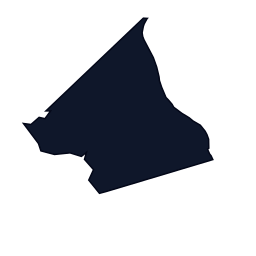 the district of Bracken, Kentucky, United States of America, rotated 52°
{"feature_id": "52423323B34365649324195", "entity_name": "Bracken", "entity_type": "district", "adm_level": 2, "iso_a3": "USA", "parent_name": "United States of America", "parent_adm1": "Kentucky", "projection": "orthographic", "projection_center": [-84.084, 38.689], "detail": "fine", "context": "isolated", "style": "filled", "palette": "ink", "viewbox_px": 256, "rotation_deg": 52, "n_neighbors": 0, "source": "geoboundaries", "source_scale": "gbopen_adm2", "svg_char_len": 708}
<svg xmlns="http://www.w3.org/2000/svg" viewBox="0 0 256 256"><g transform="rotate(52 128 128)"><path d="M64.9,191.5L65.5,202.3L60.1,207.6L85.1,208.1L92.4,210.7L103.6,202.2L111.9,189.0L121.7,182.2L121.6,175.7L125.9,181.6L139.6,180.8L144.9,191.0L161.9,190.7L164.5,184.6L205.1,80.6L200.9,79.6L198.9,79.7L194.4,78.6L193.6,78.2L193.7,76.8L186.5,71.4L182.0,69.9L178.0,69.2L170.3,69.3L162.6,72.4L157.6,73.5L149.7,76.5L139.8,79.2L136.5,78.7L136.0,78.7L131.0,78.9L127.3,79.3L116.6,76.4L109.9,74.0L106.7,72.0L97.7,67.9L88.1,64.7L68.3,61.1L65.0,60.1L61.6,58.2L57.4,53.4L55.9,51.1L53.6,45.8L53.5,45.3L50.9,48.3L64.0,182.2L66.9,178.5L69.5,187.7L64.9,191.5Z" fill="#0f172a" stroke="#020617" stroke-width="1.5"/></g></svg>